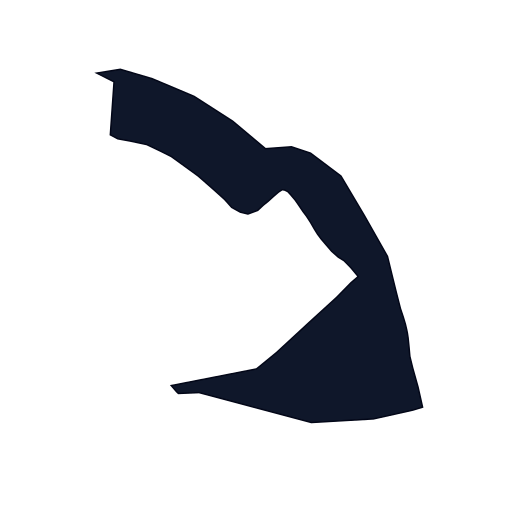 outline of Marisule/Top Of The World, Gros Islet, Saint Lucia, rotated 193°
{"feature_id": "8701671B2050901299754", "entity_name": "Marisule/Top Of The World", "entity_type": "district", "adm_level": 2, "iso_a3": "LCA", "parent_name": "Saint Lucia", "parent_adm1": "Gros Islet", "projection": "natural_earth1", "projection_center": [-60.968, 14.044], "detail": "fine", "context": "isolated", "style": "filled", "palette": "ink", "viewbox_px": 512, "rotation_deg": 193, "n_neighbors": 0, "source": "geoboundaries", "source_scale": "gbopen_adm2", "svg_char_len": 1048}
<svg xmlns="http://www.w3.org/2000/svg" viewBox="0 0 512 512"><g transform="rotate(193 256 256)"><path d="M300.7,104.6L280.8,110.1L164.6,106.2L104.9,123.7L68.4,141.2L59.7,146.2L68.6,164.7L78.1,182.1L83.5,192.8L86.6,202.3L89.4,210.5L91.1,214.8L92.5,217.9L95.1,223.2L98.8,229.7L103.4,237.2L111.0,251.9L119.7,269.1L127.8,285.2L159.6,319.9L191.2,353.0L226.0,368.5L246.0,370.4L270.9,362.7L309.0,382.1L352.2,397.6L397.0,405.4L430.2,407.4L452.3,398.4L433.5,393.8L425.2,341.3L417.0,339.1L404.4,339.7L387.5,340.0L372.6,336.7L361.0,333.9L345.1,327.2L330.3,320.9L311.1,310.6L299.4,304.1L290.6,297.9L281.2,295.2L273.3,295.1L264.6,300.8L260.3,307.2L256.3,312.3L252.5,317.8L248.4,323.4L245.4,326.5L242.9,326.7L239.5,325.9L236.3,323.7L230.5,319.4L226.2,315.5L220.2,309.9L215.9,306.3L210.6,301.2L205.0,295.2L200.9,291.1L196.3,287.2L190.1,282.6L183.3,277.6L175.6,273.4L169.1,271.2L161.0,266.0L151.8,259.0L157.4,251.4L168.3,233.6L189.1,203.5L214.4,166.4L230.1,146.1L309.4,110.7L302.9,105.9L300.7,104.6Z" fill="#0f172a" stroke="#020617" stroke-width="1.5"/></g></svg>